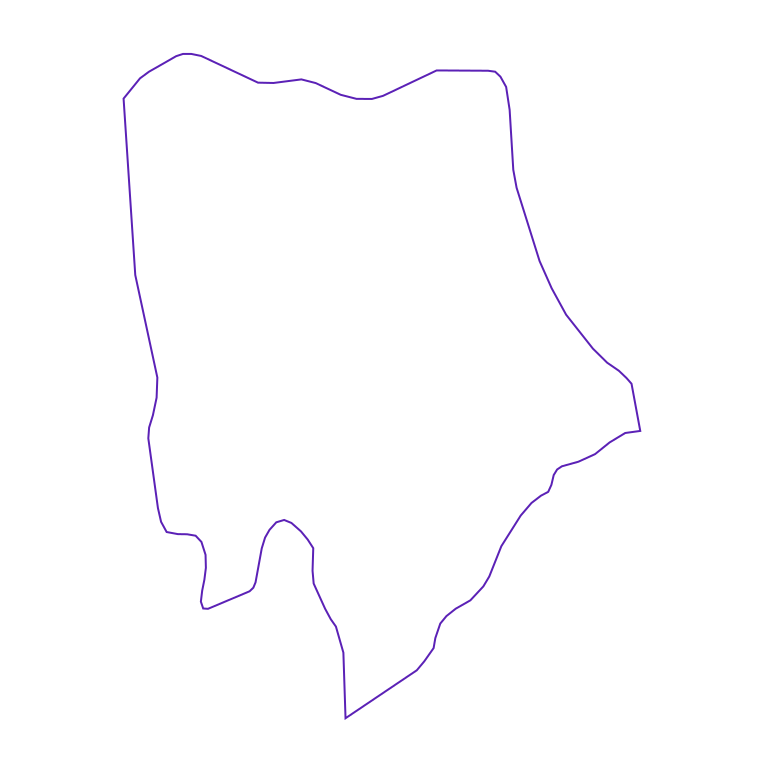 the border of Ntchisi, rotated 179°
{"feature_id": "MWI-1913", "entity_name": "Ntchisi", "entity_type": "District", "adm_level": 1, "iso_a3": "MWI", "parent_name": "Malawi", "parent_adm1": "", "projection": "equal_earth", "projection_center": [33.898, -13.273], "detail": "fine", "context": "isolated", "style": "outline", "palette": "violet", "viewbox_px": 768, "rotation_deg": 179, "n_neighbors": 0, "source": "natural_earth", "source_scale": "10m", "svg_char_len": 1303}
<svg xmlns="http://www.w3.org/2000/svg" viewBox="0 0 768 768"><g transform="rotate(179 384 384)"><path d="M428.3,50.5L429.3,116.1L436.3,142.3L441.3,149.7L446.8,160.3L457.8,185.7L458.7,198.5L457.6,221.1L463.0,229.8L469.6,238.1L479.0,246.7L486.2,249.8L494.1,247.6L501.0,240.2L505.6,232.5L509.1,221.8L515.9,187.9L518.2,182.6L522.0,179.1L563.9,162.3L568.7,162.7L570.9,169.6L569.4,180.5L567.0,191.5L565.3,203.3L565.4,216.3L569.3,229.3L575.0,235.6L583.5,237.2L592.7,237.5L603.9,239.8L609.3,250.1L612.2,263.9L620.6,333.8L619.6,344.6L615.6,356.8L611.6,374.3L610.5,394.4L630.8,497.3L639.4,673.9L622.6,693.9L613.6,700.3L586.1,715.4L579.3,717.5L571.0,717.4L561.1,715.2L504.7,687.5L489.3,686.9L461.3,690.0L447.1,686.1L422.2,673.9L406.6,669.6L391.2,669.2L380.0,672.1L325.9,696.6L274.5,695.4L267.4,694.3L262.2,689.2L256.7,678.9L253.6,655.9L251.0,595.9L248.0,577.9L226.3,504.2L214.7,476.8L200.7,450.1L174.5,415.7L160.5,401.4L148.9,393.1L141.4,385.7L136.5,379.9L128.6,332.6L143.7,330.8L159.5,321.6L174.2,310.2L191.0,302.9L207.6,298.6L212.4,295.5L215.9,290.0L218.4,280.2L221.7,273.3L229.0,269.6L238.6,262.5L249.6,250.1L269.5,219.8L282.1,189.7L288.2,179.9L301.4,166.2L316.2,158.1L325.6,150.9L331.9,143.5L337.1,129.1L339.0,119.1L348.5,106.1L356.2,97.2L428.3,50.5Z" fill="none" stroke="#5b21b6" stroke-width="2"/></g></svg>